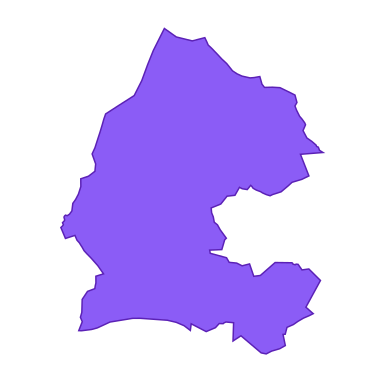 the district of Ganye, Adamawa, Nigeria, rotated 88°
{"feature_id": "59680162B41420170912929", "entity_name": "Ganye", "entity_type": "district", "adm_level": 2, "iso_a3": "NGA", "parent_name": "Nigeria", "parent_adm1": "Adamawa", "projection": "mercator", "projection_center": [12.041, 8.431], "detail": "fine", "context": "isolated", "style": "filled", "palette": "violet", "viewbox_px": 384, "rotation_deg": 88, "n_neighbors": 0, "source": "geoboundaries", "source_scale": "gbopen_adm2", "svg_char_len": 2355}
<svg xmlns="http://www.w3.org/2000/svg" viewBox="0 0 384 384"><g transform="rotate(88 192 192)"><path d="M79.0,120.2L79.3,122.4L79.8,125.9L80.0,130.0L77.9,138.0L75.4,143.0L72.3,147.3L64.9,152.8L59.9,157.8L55.6,161.5L51.7,165.0L50.2,166.3L48.8,167.6L45.7,170.7L42.6,171.9L38.2,173.8L41.0,186.5L36.5,202.3L27.6,213.9L49.2,225.7L63.2,231.9L78.9,238.3L93.6,246.4L103.0,262.3L110.9,275.5L111.0,275.6L115.9,277.5L121.5,279.3L128.9,281.8L135.7,284.3L144.3,287.4L145.7,288.1L150.5,290.5L160.6,287.3L167.9,288.3L172.6,294.9L174.9,302.7L182.7,302.9L190.2,305.6L195.4,308.6L199.2,311.5L206.7,312.7L209.9,315.2L211.3,317.5L210.7,319.2L211.4,320.1L212.3,320.7L213.1,320.8L214.8,320.3L216.1,320.4L218.2,322.5L220.2,321.7L221.5,322.7L222.9,324.3L234.0,320.1L231.3,310.5L236.2,308.6L238.8,306.4L242.1,304.5L243.4,303.7L246.9,301.9L250.2,299.1L254.0,295.6L262.2,288.8L270.7,283.3L272.8,291.0L279.6,291.2L282.1,291.9L285.2,292.5L287.7,299.9L295.5,305.5L308.4,306.3L313.3,307.9L317.8,306.2L326.6,310.0L326.8,307.3L325.9,297.3L325.5,295.4L324.5,291.3L319.1,278.5L316.4,257.4L316.2,255.9L316.4,248.5L316.5,247.4L319.3,221.1L321.7,212.3L324.0,207.4L325.3,204.6L330.3,198.5L323.7,197.4L332.0,182.7L328.4,173.3L324.4,169.4L324.7,165.5L323.9,164.5L323.1,162.6L324.1,155.0L342.3,156.2L337.4,148.1L355.2,128.5L356.4,123.5L353.8,118.0L351.7,109.8L348.7,104.1L337.5,106.0L337.4,103.8L330.6,101.8L328.0,95.3L324.9,90.5L321.9,84.9L319.7,79.2L317.8,75.1L316.6,76.4L314.4,78.7L311.1,82.2L284.9,66.7L273.0,77.9L273.7,84.8L268.0,88.5L267.7,90.5L268.3,91.4L267.7,93.5L266.5,94.1L266.2,94.7L265.4,111.4L277.8,126.6L278.4,133.2L265.9,137.0L267.5,144.5L264.6,149.8L263.6,157.3L258.9,159.8L253.9,175.9L250.7,176.4L250.6,164.2L240.9,161.0L239.4,159.3L230.8,165.1L225.7,167.7L223.0,170.8L217.6,171.6L213.5,173.1L208.6,173.4L205.0,163.6L197.4,157.1L196.8,149.2L189.0,144.4L190.5,141.7L191.5,136.7L187.4,133.1L188.5,132.0L190.4,130.8L192.3,127.7L194.1,123.4L195.4,121.5L197.2,117.8L198.5,114.1L197.3,111.4L196.4,108.1L194.9,102.9L189.0,95.4L185.8,91.7L183.2,81.8L180.0,74.6L158.1,82.3L157.1,59.7L154.8,63.1L151.6,64.2L150.8,65.9L149.5,66.3L145.6,70.5L142.0,75.3L134.5,78.9L128.8,76.2L126.9,76.9L123.1,79.4L120.1,81.8L114.0,84.6L109.6,86.1L106.2,84.0L98.7,85.7L96.5,89.7L93.4,95.5L90.8,100.4L90.1,107.8L90.0,115.9L86.7,118.3L79.0,120.2Z" fill="#8b5cf6" stroke="#5b21b6" stroke-width="1.5"/></g></svg>